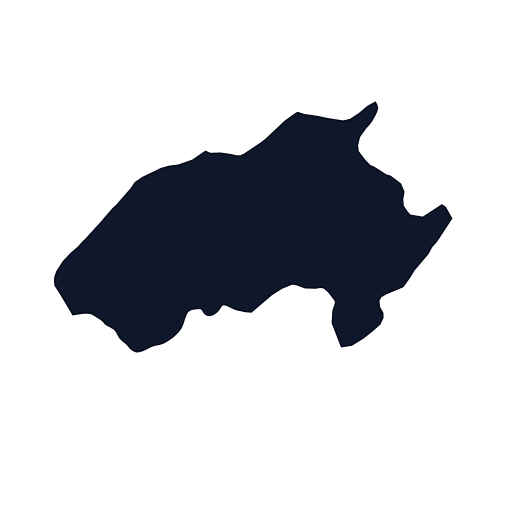 Quetzaltenango, Quezaltenango, Guatemala, rotated 59°
{"feature_id": "79465075B80303982129661", "entity_name": "Quetzaltenango", "entity_type": "district", "adm_level": 2, "iso_a3": "GTM", "parent_name": "Guatemala", "parent_adm1": "Quezaltenango", "projection": "equal_earth", "projection_center": [-91.528, 14.813], "detail": "fine", "context": "isolated", "style": "filled", "palette": "ink", "viewbox_px": 512, "rotation_deg": 59, "n_neighbors": 0, "source": "geoboundaries", "source_scale": "gbopen_adm2", "svg_char_len": 2204}
<svg xmlns="http://www.w3.org/2000/svg" viewBox="0 0 512 512"><g transform="rotate(59 256 256)"><path d="M377.7,229.4L381.6,219.9L381.4,206.4L379.9,194.7L378.1,184.9L374.2,179.1L370.2,176.8L363.2,176.6L357.3,173.7L355.2,170.0L355.3,163.7L357.9,145.8L353.3,135.2L349.6,128.3L342.4,107.2L338.5,100.6L336.4,93.8L324.5,69.0L311.8,68.7L308.1,70.4L308.9,93.0L300.5,102.9L296.3,103.8L288.8,104.2L282.4,100.9L277.1,96.3L268.6,95.1L256.7,99.9L253.7,102.8L240.4,109.4L237.3,111.8L230.2,113.5L219.1,114.7L213.5,112.3L207.1,106.1L202.8,96.3L201.4,91.5L199.4,86.7L196.4,81.5L194.0,78.0L191.6,75.6L188.5,74.7L185.7,74.6L185.4,83.1L187.2,94.2L187.6,104.8L185.4,111.7L178.5,120.1L175.5,123.6L167.8,132.0L159.7,141.9L154.5,146.5L154.5,149.7L155.5,161.6L161.2,187.8L161.9,194.8L162.8,213.8L162.3,218.0L160.0,221.6L156.6,225.0L149.7,233.4L144.6,242.5L140.4,245.4L141.3,261.0L138.2,276.0L134.6,283.9L132.3,292.1L130.4,312.5L130.9,321.8L133.9,327.9L138.4,342.0L140.8,349.3L141.7,354.0L145.7,366.3L147.4,371.1L148.2,373.7L149.6,378.8L151.1,383.5L151.8,386.2L153.8,392.6L155.2,398.4L156.9,403.6L158.4,412.6L161.5,423.9L166.9,434.8L170.6,439.2L173.9,441.5L177.9,443.3L186.9,443.0L202.8,443.0L212.0,443.1L213.7,438.7L215.9,433.6L218.3,429.3L221.1,426.3L224.9,424.3L230.7,421.4L233.9,420.4L236.3,420.1L238.9,419.0L240.6,417.8L245.4,415.2L247.6,414.7L249.9,414.5L255.9,414.9L260.2,413.8L262.8,412.7L266.1,411.8L270.0,411.2L273.5,410.0L275.8,408.4L276.9,407.2L277.5,405.6L278.4,402.9L278.9,399.3L279.1,395.8L279.5,391.6L280.2,388.9L282.1,383.5L282.8,379.8L282.9,375.3L282.5,368.9L281.0,362.4L279.2,357.7L276.4,353.7L272.3,349.1L270.8,347.2L269.5,345.3L268.6,343.4L268.2,342.0L268.4,339.0L269.3,336.4L271.2,332.4L272.2,330.7L273.9,329.7L277.6,329.6L279.5,329.3L281.0,328.5L282.5,327.2L283.1,326.2L283.8,323.7L284.0,321.1L283.6,318.2L283.1,316.4L282.2,314.3L281.0,312.1L280.7,310.7L280.7,309.4L281.2,308.2L283.3,306.2L286.9,303.8L289.9,301.9L292.5,299.7L294.5,297.4L297.7,294.2L301.5,288.9L299.1,274.6L297.1,262.5L296.8,250.3L298.5,239.2L301.8,235.5L308.5,230.2L314.2,221.3L315.9,216.8L318.3,214.1L324.0,212.2L335.3,210.9L337.8,212.3L342.4,217.9L352.7,225.0L377.7,229.4Z" fill="#0f172a" stroke="#020617" stroke-width="1.5"/></g></svg>